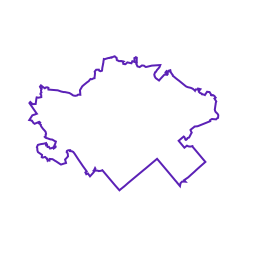 the district of Īles pag., Auces, Latvia, rotated 159°
{"feature_id": "27541924B56863869221603", "entity_name": "Īles pag.", "entity_type": "district", "adm_level": 2, "iso_a3": "LVA", "parent_name": "Latvia", "parent_adm1": "Auces", "projection": "albers", "projection_center": [23.001, 56.556], "detail": "fine", "context": "isolated", "style": "outline", "palette": "violet", "viewbox_px": 256, "rotation_deg": 159, "n_neighbors": 0, "source": "geoboundaries", "source_scale": "gbopen_adm2", "svg_char_len": 5696}
<svg xmlns="http://www.w3.org/2000/svg" viewBox="0 0 256 256"><g transform="rotate(159 128 128)"><path d="M158.3,72.9L157.0,73.4L151.7,75.1L147.4,76.7L128.3,83.2L126.4,83.8L121.2,85.6L117.8,86.8L111.9,88.8L106.2,72.4L103.7,65.1L103.1,63.3L102.7,62.1L102.5,61.6L101.8,59.7L101.8,59.4L101.6,59.0L100.3,55.1L98.8,57.6L96.7,58.6L94.0,57.5L93.6,57.3L94.3,59.2L90.6,60.1L90.0,60.2L87.3,61.2L86.6,61.5L81.3,63.5L79.9,64.1L78.1,64.8L77.1,65.2L76.8,65.3L76.5,65.4L74.7,66.1L74.4,66.2L67.9,68.6L69.4,72.8L71.8,79.8L74.4,87.3L74.3,87.9L74.3,88.0L76.1,88.2L77.3,88.7L78.3,89.3L79.3,90.4L82.4,89.4L85.3,97.9L79.0,100.1L78.3,100.4L78.7,100.0L78.6,98.7L78.5,97.9L78.4,97.3L78.6,96.8L78.5,96.5L78.4,96.3L78.2,96.1L77.8,96.2L76.9,96.5L76.0,97.3L74.4,97.2L72.9,98.5L70.6,100.6L70.2,100.8L70.3,102.1L70.4,103.7L70.3,103.9L65.4,105.4L65.3,105.5L62.4,104.7L61.5,104.7L49.1,104.9L49.2,105.2L48.6,105.9L47.7,106.1L46.4,106.3L42.7,104.5L41.4,105.1L40.3,105.2L39.7,106.4L39.3,107.2L39.2,107.4L39.1,107.8L39.2,108.4L39.3,109.1L39.4,109.4L39.6,109.8L40.0,110.6L40.2,111.1L40.5,111.8L40.5,112.6L40.5,113.2L40.4,113.7L40.4,114.0L40.2,114.4L40.0,114.7L38.1,118.1L37.6,118.9L37.4,119.4L37.3,119.6L37.0,120.0L36.7,120.5L36.4,120.8L36.1,121.1L36.7,124.5L36.1,124.6L35.3,124.9L35.6,125.8L35.8,126.8L35.9,127.0L36.7,128.1L37.9,128.8L38.1,128.5L38.7,128.9L38.5,129.8L39.0,132.3L41.2,133.5L44.4,131.2L45.0,131.9L46.9,133.0L46.8,133.5L47.3,134.1L48.2,134.9L48.9,136.5L48.6,137.1L47.2,137.9L46.5,138.3L47.8,139.3L48.5,139.7L49.1,138.8L49.7,139.2L50.4,139.5L50.7,139.7L51.9,139.0L52.1,138.8L52.2,139.1L52.3,139.5L53.1,140.7L53.3,141.2L53.6,141.6L54.1,142.1L54.6,142.6L55.0,143.0L57.4,144.6L57.9,145.0L58.9,146.0L59.2,146.5L63.6,154.2L63.9,154.6L65.4,157.1L66.9,159.8L67.7,160.9L67.9,161.1L68.1,161.1L67.3,161.5L67.4,161.8L68.1,164.6L67.8,166.8L69.4,166.9L69.5,166.0L71.0,166.0L71.6,167.3L72.9,166.6L73.1,166.4L71.8,164.9L71.6,164.6L71.5,164.2L72.4,163.6L73.1,164.0L74.3,164.6L74.7,164.8L75.5,164.5L80.0,162.3L82.0,161.2L84.2,164.6L84.6,166.4L84.5,166.5L84.4,168.3L83.8,169.1L83.3,169.6L82.8,170.3L82.1,170.3L79.9,171.9L78.6,172.5L76.7,173.6L75.3,175.2L83.4,177.7L88.8,178.4L89.7,178.7L90.0,179.2L90.8,180.5L92.6,181.4L95.3,180.7L95.5,180.9L97.1,182.1L97.2,184.4L97.3,184.5L97.2,184.9L97.1,185.2L97.1,185.9L97.1,186.3L96.3,186.0L95.9,187.5L95.6,188.1L94.6,190.5L95.2,191.2L95.3,191.1L95.5,191.0L95.7,190.7L96.6,191.1L97.0,191.0L98.2,187.3L100.0,188.8L101.6,187.2L105.1,189.5L107.5,188.5L108.1,188.7L108.3,189.0L109.4,189.5L109.2,190.7L108.8,191.6L108.3,191.7L108.4,191.8L110.3,192.7L110.2,192.9L110.6,193.1L112.1,193.5L112.4,193.6L113.1,194.5L113.8,195.0L114.1,195.6L113.5,197.3L113.6,197.9L114.1,198.2L114.7,199.7L116.2,199.8L117.4,199.6L118.2,199.6L118.3,199.6L118.3,200.0L119.4,200.1L120.2,200.0L120.5,200.2L121.7,200.4L124.6,200.6L124.9,200.7L125.1,200.6L125.7,200.7L125.9,200.9L126.0,200.7L126.8,199.4L127.2,198.7L127.5,198.0L127.9,197.4L128.2,196.9L128.3,196.8L128.3,196.7L130.4,193.4L131.3,191.6L131.8,190.8L133.4,190.9L134.3,191.8L134.4,192.2L134.3,192.9L136.8,193.8L138.9,192.6L139.0,191.8L139.1,191.1L140.2,188.9L140.8,187.8L141.4,186.5L142.2,186.7L144.4,186.5L145.4,187.2L145.9,187.0L147.9,185.8L148.7,185.6L150.3,185.2L150.5,185.1L153.6,184.1L155.8,183.3L159.3,180.5L159.8,178.7L160.6,176.1L162.5,177.0L162.9,177.0L163.6,176.7L164.1,176.6L164.3,176.7L165.5,176.9L165.8,177.0L166.5,177.4L167.0,177.7L167.3,177.9L168.0,178.6L168.1,178.9L168.6,179.7L170.2,181.7L174.1,184.2L175.2,184.6L177.3,186.0L180.0,188.3L188.5,192.4L188.3,193.3L187.9,194.0L188.5,194.7L189.9,195.3L191.4,194.9L192.6,196.6L194.0,199.0L195.4,198.1L195.2,196.4L194.4,196.1L194.7,195.3L195.6,194.5L195.9,193.9L196.1,192.5L196.1,192.1L197.2,191.7L197.6,191.1L197.2,189.9L197.9,187.9L200.8,188.4L202.3,189.3L203.1,188.1L203.8,186.8L205.6,183.5L208.6,184.5L208.9,185.1L209.1,185.7L209.9,187.3L211.1,186.6L208.1,174.3L208.0,174.0L210.3,174.0L211.6,174.1L212.8,174.1L217.3,170.8L215.4,169.6L215.3,169.2L215.0,169.1L214.5,166.7L213.7,165.4L208.9,165.6L208.5,165.5L208.4,165.1L208.2,164.7L209.6,164.4L208.6,163.0L208.4,162.5L208.2,162.2L208.6,161.6L208.3,160.0L207.6,157.5L207.0,156.1L206.3,154.1L206.6,151.8L207.3,151.3L207.7,149.9L208.9,149.5L208.5,148.6L207.8,147.8L207.2,147.5L204.7,145.3L202.8,144.3L201.1,142.1L200.2,141.2L201.5,139.5L203.3,137.7L202.2,136.7L202.6,136.0L204.7,135.5L204.7,136.5L205.4,136.7L206.1,136.6L206.9,136.6L208.2,136.8L208.6,138.8L209.9,139.1L209.8,140.5L209.6,141.2L210.0,141.1L210.7,141.1L210.7,141.5L210.5,142.0L210.0,143.3L212.1,143.5L215.3,144.2L217.7,144.5L218.2,144.5L219.0,143.7L220.0,142.7L219.9,141.7L220.6,139.7L220.7,137.8L217.9,133.7L218.4,132.8L218.7,132.2L219.0,131.7L218.9,131.6L218.7,131.3L218.3,131.0L217.3,130.8L217.0,130.8L216.0,130.8L215.8,130.7L215.6,130.6L215.1,129.2L214.8,128.6L214.8,128.3L214.5,128.3L214.5,128.2L214.5,127.9L214.4,127.8L214.4,127.5L214.6,127.3L214.6,127.1L214.6,126.9L214.5,127.0L214.6,126.7L214.3,126.7L214.1,126.3L213.9,126.3L213.7,126.3L213.8,126.2L213.6,126.1L213.4,126.0L213.4,125.9L213.0,125.7L212.9,125.9L212.2,127.2L209.6,125.9L207.6,123.2L207.3,122.9L203.8,118.0L203.7,117.9L200.1,117.7L198.5,117.5L198.4,117.5L198.3,118.2L198.2,119.8L198.0,121.1L197.9,121.1L194.2,123.0L193.7,124.7L193.4,125.9L193.9,127.5L193.4,128.1L193.3,128.4L193.0,128.5L192.0,128.6L191.0,128.4L190.0,128.0L190.4,127.2L188.7,126.4L188.6,126.2L188.4,126.0L187.7,125.3L187.1,123.3L185.7,116.8L184.3,110.9L183.8,108.7L182.1,102.3L183.7,101.8L183.5,99.8L181.7,99.9L181.5,99.1L180.8,96.5L176.4,98.7L175.1,99.5L175.2,99.8L175.5,100.4L175.0,100.6L173.1,102.4L173.0,101.8L173.7,100.6L174.0,100.1L171.5,99.0L170.9,98.3L168.4,97.7L167.1,97.8L160.6,79.1L158.3,72.9Z" fill="none" stroke="#5b21b6" stroke-width="2"/></g></svg>